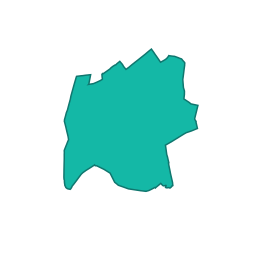 Viļaka, Vilakas, Latvia, rotated 138°
{"feature_id": "27541924B91714701544893", "entity_name": "Viļaka", "entity_type": "district", "adm_level": 2, "iso_a3": "LVA", "parent_name": "Latvia", "parent_adm1": "Vilakas", "projection": "natural_earth1", "projection_center": [27.684, 57.187], "detail": "fine", "context": "isolated", "style": "filled", "palette": "teal", "viewbox_px": 256, "rotation_deg": 138, "n_neighbors": 0, "source": "geoboundaries", "source_scale": "gbopen_adm2", "svg_char_len": 3294}
<svg xmlns="http://www.w3.org/2000/svg" viewBox="0 0 256 256"><g transform="rotate(138 128 128)"><path d="M169.7,176.6L169.8,176.5L170.0,176.3L170.2,176.1L170.3,175.9L170.6,175.8L170.8,175.6L171.4,174.4L173.6,170.2L175.9,166.1L177.0,164.0L178.1,162.0L178.9,160.7L179.8,159.4L179.9,159.2L180.5,158.8L181.6,158.4L184.5,156.9L186.2,156.1L189.0,154.7L190.4,154.0L191.9,152.2L193.0,151.1L193.9,150.1L195.6,148.2L196.9,146.8L200.4,143.1L203.4,139.9L205.7,137.4L208.4,134.5L209.2,133.5L209.7,132.9L209.8,132.8L210.0,132.2L210.4,131.5L211.3,130.5L212.2,129.3L213.2,127.7L213.4,127.5L213.5,126.9L214.0,125.3L213.8,124.1L213.7,123.5L212.9,122.3L212.4,121.7L212.0,121.1L211.5,121.1L210.9,121.2L210.4,121.4L209.8,121.5L209.6,121.6L209.1,121.8L208.9,121.9L208.6,122.1L208.2,122.2L207.5,122.3L206.8,122.4L205.6,122.6L200.9,123.5L198.6,124.0L194.5,124.8L194.2,124.9L192.9,125.0L191.3,125.0L191.0,125.0L190.6,124.9L190.0,124.9L189.7,124.8L187.6,124.6L184.3,124.0L181.9,123.6L177.6,122.9L177.7,122.7L177.6,121.9L176.5,120.8L173.5,113.3L171.5,106.4L174.2,96.6L173.8,94.2L173.5,91.9L170.9,87.2L168.4,82.5L160.6,73.0L159.7,72.0L157.0,68.9L154.4,67.6L152.0,66.9L147.8,65.8L147.7,65.1L147.4,65.2L141.0,64.9L140.7,64.9L140.7,63.7L140.7,63.2L140.7,62.4L140.6,61.8L140.4,61.5L140.2,61.1L139.7,60.8L139.2,60.5L138.5,60.2L138.3,60.0L138.2,59.9L138.3,59.7L138.8,59.3L139.3,59.1L139.6,59.0L139.8,58.9L139.8,58.6L139.7,58.2L139.4,57.8L139.0,57.4L138.0,56.7L137.5,56.3L137.4,56.1L137.2,55.6L137.0,55.4L136.7,55.2L136.0,55.2L135.2,55.2L134.8,55.3L134.3,55.3L134.2,55.3L134.1,55.5L133.2,55.2L131.3,57.8L127.2,65.2L124.8,69.2L122.7,72.8L121.3,75.0L121.1,75.0L120.9,74.9L119.5,77.5L118.0,80.1L117.5,81.2L117.0,82.3L112.7,88.6L111.7,90.2L103.6,88.5L90.3,86.1L90.0,86.0L88.0,85.6L82.9,83.4L76.7,81.2L73.4,87.1L73.0,87.3L72.7,89.3L72.6,89.7L72.1,90.4L60.9,98.0L65.1,103.8L65.3,105.3L65.3,105.5L66.4,109.8L67.0,112.2L66.7,112.5L63.7,115.1L61.3,117.7L59.8,120.9L57.8,123.5L57.2,124.3L54.9,127.3L51.5,130.2L50.0,131.5L46.9,134.2L43.8,136.8L43.2,137.5L42.5,138.2L42.4,138.2L42.3,138.4L42.2,138.6L42.1,138.8L42.1,139.0L42.1,140.4L42.1,141.9L42.0,142.7L42.0,143.5L42.9,145.1L43.7,146.8L43.8,146.9L43.8,147.0L44.6,148.5L45.4,150.0L45.9,150.6L46.5,151.2L48.9,154.0L49.2,154.5L50.5,154.1L51.3,154.0L51.9,153.9L52.7,153.8L53.2,153.8L55.0,154.0L56.0,154.2L59.8,155.1L59.3,158.9L59.1,160.5L58.8,162.7L58.8,163.0L58.6,164.7L58.4,165.9L58.2,167.4L58.0,169.3L57.8,171.0L61.2,171.2L64.6,171.3L65.0,171.3L65.5,171.3L70.3,171.6L75.2,171.9L76.7,172.0L78.3,172.1L79.1,172.2L79.9,172.2L82.5,172.4L86.4,172.5L90.3,172.9L90.1,176.7L89.6,179.0L89.5,183.0L91.4,183.1L93.0,183.2L94.8,183.1L95.5,183.5L96.6,183.7L97.3,183.8L97.8,183.9L98.2,184.0L98.7,184.0L99.0,184.0L99.6,184.1L100.3,184.1L100.7,184.1L101.0,184.1L101.3,184.0L102.2,184.0L105.5,184.4L108.8,184.8L110.3,185.0L110.3,185.4L110.9,185.4L111.4,185.4L112.9,183.5L114.3,181.5L114.4,181.4L114.9,181.4L115.4,181.5L116.2,181.7L116.9,181.8L120.5,182.9L124.0,184.1L126.0,185.4L128.0,186.7L127.9,186.7L127.8,186.8L120.1,192.6L124.2,195.6L126.9,197.4L127.1,197.6L131.5,200.7L131.7,200.8L133.1,200.0L139.7,195.9L145.8,192.0L149.1,189.9L150.4,188.9L151.7,187.9L156.4,184.9L161.1,181.8L162.4,181.2L163.6,180.6L166.6,178.6L169.6,176.7L169.7,176.6Z" fill="#14b8a6" stroke="#0f766e" stroke-width="1.5"/></g></svg>